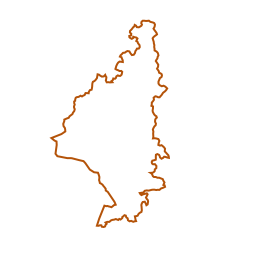 outline of Caraíbas, Bahia, Brazil, rotated 326°
{"feature_id": "56859067B21681248066592", "entity_name": "Caraíbas", "entity_type": "district", "adm_level": 2, "iso_a3": "BRA", "parent_name": "Brazil", "parent_adm1": "Bahia", "projection": "albers", "projection_center": [-41.254, -14.633], "detail": "fine", "context": "isolated", "style": "outline", "palette": "amber", "viewbox_px": 256, "rotation_deg": 326, "n_neighbors": 0, "source": "geoboundaries", "source_scale": "gbopen_adm2", "svg_char_len": 4802}
<svg xmlns="http://www.w3.org/2000/svg" viewBox="0 0 256 256"><g transform="rotate(326 128 128)"><path d="M200.2,47.3L198.7,47.5L197.6,48.5L197.4,50.1L196.3,50.7L195.1,50.7L193.3,50.6L191.7,49.3L191.9,47.7L191.2,46.3L190.0,47.3L188.5,47.4L187.0,48.0L185.4,48.4L183.9,48.7L183.0,49.9L183.4,51.7L182.3,52.9L180.5,52.4L179.9,53.6L180.3,54.9L181.0,56.2L182.5,56.3L183.4,55.3L184.2,56.4L185.5,57.7L185.9,59.1L184.7,59.8L183.5,60.5L184.1,61.8L183.7,63.4L183.9,65.7L183.0,67.5L181.4,68.2L179.8,67.2L178.6,67.9L177.1,68.4L175.6,69.8L173.7,70.5L172.0,69.7L171.8,67.3L172.0,65.3L170.6,63.9L169.3,63.7L167.6,63.8L165.9,62.9L164.3,63.3L162.4,63.6L161.2,64.3L162.2,65.7L161.8,67.0L161.5,68.9L160.6,70.4L159.4,69.3L158.1,68.2L156.4,68.3L154.9,68.9L152.9,70.1L151.6,71.2L150.6,72.0L151.1,73.2L152.0,74.4L152.9,76.1L154.3,76.9L154.6,78.2L153.5,79.3L152.5,80.2L150.8,80.5L149.7,79.8L149.0,78.7L147.2,78.7L146.0,79.7L144.7,79.9L143.5,78.7L142.2,79.8L140.5,79.9L140.6,81.3L138.5,80.1L137.4,79.1L135.9,78.2L136.2,76.2L137.3,75.2L138.5,73.8L138.5,72.5L138.8,71.2L136.8,71.7L135.1,70.8L134.3,69.2L133.8,67.6L132.8,66.5L131.6,67.8L130.1,69.3L127.8,70.1L126.4,70.3L124.7,70.1L123.5,71.0L122.6,72.1L121.4,73.7L120.1,75.1L119.2,75.9L117.6,75.3L115.8,76.1L114.8,77.2L113.6,76.2L112.3,75.3L110.5,76.4L108.8,76.1L107.5,76.1L106.7,74.7L104.5,74.6L102.8,73.8L101.6,73.7L100.3,74.7L99.4,75.9L98.2,75.9L97.3,77.3L96.9,78.8L95.3,79.9L94.7,80.9L94.4,82.6L92.9,83.9L91.0,84.5L89.7,85.4L87.7,85.5L86.1,85.6L84.5,86.4L83.2,86.0L81.6,85.7L79.9,85.4L79.1,86.6L78.0,87.4L76.6,88.4L75.6,90.5L75.7,92.5L75.2,93.9L74.1,95.8L69.4,95.8L58.9,93.5L59.6,95.9L60.1,97.4L61.2,99.2L59.4,102.2L53.5,108.8L53.7,111.9L60.8,119.0L64.4,121.5L69.6,127.4L72.6,130.6L73.0,133.3L73.1,141.1L75.1,145.7L78.1,148.3L77.6,150.4L76.9,152.6L76.0,153.8L74.9,155.0L74.4,156.7L73.9,157.9L74.7,159.3L75.2,160.9L75.2,162.4L75.4,163.8L75.5,165.9L74.6,167.4L75.5,169.6L75.5,170.9L75.5,173.9L75.5,181.6L74.9,184.7L73.1,184.1L71.6,184.3L70.0,184.4L69.0,183.1L68.1,182.2L67.4,181.2L66.2,180.6L65.0,179.2L53.5,187.0L47.6,191.6L48.9,192.6L50.5,193.0L51.5,193.8L51.1,195.2L52.5,196.5L54.0,196.8L54.9,195.9L56.7,195.5L56.5,193.8L58.3,194.2L60.1,195.4L62.2,195.1L63.6,195.4L65.2,196.2L67.0,196.7L67.7,197.7L68.5,198.8L69.9,198.5L70.6,199.7L72.8,199.5L73.6,198.6L74.8,198.6L76.3,198.3L77.2,199.4L76.6,201.1L77.2,202.7L76.4,204.4L77.1,206.2L78.7,206.8L79.9,208.7L81.4,209.1L82.6,209.7L83.0,208.1L83.8,206.4L84.3,205.1L85.4,205.6L86.9,206.1L88.8,205.1L90.4,204.9L92.2,205.1L93.5,203.9L94.4,202.3L95.2,200.9L96.0,199.3L97.4,198.2L98.8,197.6L100.7,198.5L100.5,200.7L100.1,202.3L101.5,202.3L102.6,201.2L103.6,200.1L104.1,198.9L103.9,197.1L104.0,195.7L105.6,194.9L107.2,193.9L107.1,192.7L105.7,192.2L104.5,191.8L102.9,191.3L101.7,191.2L101.3,190.0L101.4,188.5L103.1,189.3L104.8,190.1L106.7,189.4L108.6,190.2L110.2,191.5L111.9,192.1L113.5,192.7L115.3,193.8L116.7,195.2L118.0,195.8L119.5,196.9L121.6,196.6L123.3,197.1L125.8,197.5L126.3,196.0L125.5,195.0L126.7,194.2L127.8,193.5L127.8,191.9L128.2,189.8L127.1,188.2L126.0,186.6L124.6,185.7L123.6,184.1L122.1,183.1L121.7,181.9L122.0,180.4L122.1,179.0L121.6,177.8L123.5,178.9L125.0,178.9L126.1,178.6L127.1,177.3L129.0,177.1L130.3,175.4L130.1,173.0L128.5,172.1L128.1,170.9L128.6,169.5L129.9,168.7L131.8,169.4L133.3,169.8L134.1,168.8L135.1,167.2L136.2,165.8L137.7,166.0L138.7,167.6L138.6,168.9L138.1,170.3L138.6,172.2L140.3,172.4L141.9,172.0L142.9,172.9L144.0,174.4L145.2,175.6L145.8,174.5L146.2,173.1L145.9,171.3L145.7,169.6L145.4,168.0L146.2,166.9L147.1,165.9L147.1,164.3L146.6,162.2L146.2,161.0L144.7,160.5L143.7,159.0L144.8,157.8L146.8,156.2L147.0,154.2L146.1,153.1L145.2,152.1L144.2,151.3L142.9,150.6L144.0,149.6L144.9,148.1L145.8,146.6L147.0,145.2L147.8,143.1L149.6,142.0L150.9,141.4L152.4,141.2L153.6,140.0L153.9,138.0L155.1,136.4L156.3,135.7L157.7,135.5L158.1,134.2L157.5,132.8L157.3,131.4L157.4,130.0L157.6,128.4L158.3,127.1L159.5,125.9L160.8,124.1L159.8,122.7L160.9,121.7L162.0,120.2L163.6,119.8L165.3,119.1L166.2,117.2L168.4,117.0L169.3,117.9L170.2,119.4L171.4,120.2L172.7,119.8L173.9,119.6L175.1,119.1L176.8,118.4L179.0,118.3L180.9,117.9L182.6,117.1L182.1,114.6L181.1,112.8L179.4,112.3L178.2,110.2L178.1,108.3L179.1,106.7L180.2,105.9L181.2,105.3L182.3,104.5L184.2,104.5L185.4,103.6L186.0,102.3L185.6,101.0L184.7,99.6L185.3,98.0L185.3,96.6L185.2,95.1L187.1,94.1L188.5,92.4L188.5,90.1L188.5,88.0L189.6,87.4L191.2,86.8L192.5,85.5L193.8,84.9L194.4,83.4L194.7,82.1L194.4,80.5L193.4,78.6L194.3,77.2L195.0,75.5L196.2,74.0L196.8,72.2L197.5,71.0L198.1,68.9L198.6,67.4L200.0,66.9L201.8,66.7L203.2,66.7L204.4,66.6L204.8,65.3L204.8,63.6L204.7,61.7L204.7,59.9L206.0,59.3L207.0,58.6L208.2,57.3L208.4,55.7L207.7,54.5L206.8,53.5L205.9,52.5L205.3,50.7L203.7,49.9L202.6,49.2L201.4,48.1L200.2,47.3Z" fill="none" stroke="#b45309" stroke-width="2"/></g></svg>